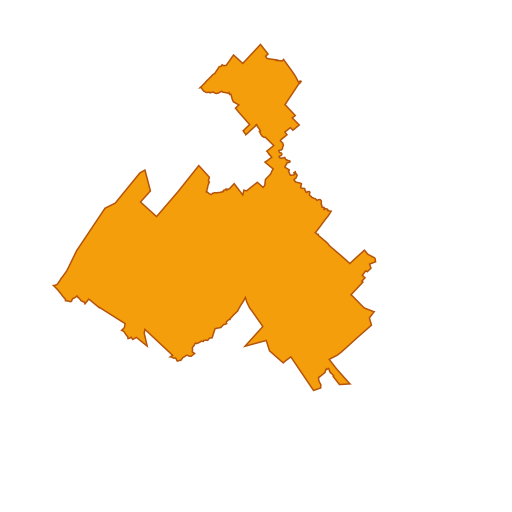 the district of Rincón de Romos, Aguascalientes, Mexico, rotated 313°
{"feature_id": "50627088B44268197461016", "entity_name": "Rincón de Romos", "entity_type": "district", "adm_level": 2, "iso_a3": "MEX", "parent_name": "Mexico", "parent_adm1": "Aguascalientes", "projection": "albers", "projection_center": [-102.306, 22.248], "detail": "fine", "context": "isolated", "style": "filled", "palette": "amber", "viewbox_px": 512, "rotation_deg": 313, "n_neighbors": 0, "source": "geoboundaries", "source_scale": "gbopen_adm2", "svg_char_len": 6128}
<svg xmlns="http://www.w3.org/2000/svg" viewBox="0 0 512 512"><g transform="rotate(313 256 256)"><path d="M226.6,412.0L226.6,410.7L228.4,391.7L230.3,380.1L231.5,380.4L238.9,383.1L243.9,383.9L252.5,384.7L264.1,385.6L284.2,387.6L287.8,381.5L288.1,381.2L289.0,381.0L295.8,380.4L295.5,380.0L295.4,379.6L291.9,370.7L291.8,369.5L292.5,354.2L292.4,351.9L309.8,352.0L309.8,350.5L314.4,350.6L314.4,346.9L319.9,346.4L320.4,348.1L325.5,348.4L327.5,344.6L333.3,347.4L334.3,346.2L335.4,344.7L335.4,343.6L333.9,337.9L333.6,337.0L333.6,335.9L333.7,335.3L334.2,331.3L322.1,330.3L314.5,329.8L314.3,318.9L313.6,303.2L313.8,301.3L314.1,300.2L314.0,298.0L314.2,297.8L313.9,294.5L313.6,287.5L314.3,286.8L313.9,286.4L313.7,285.9L313.6,283.3L314.7,283.4L318.4,283.1L329.6,281.8L334.9,281.4L340.0,280.4L339.0,279.0L338.1,277.4L338.8,277.2L338.9,276.3L338.8,275.8L338.2,274.8L337.4,274.4L336.6,274.4L336.4,274.0L336.8,273.5L337.5,273.4L337.9,273.1L337.9,272.7L336.7,270.7L337.7,269.9L338.2,269.3L338.4,268.2L340.2,266.9L340.7,266.3L340.9,265.8L341.0,264.6L340.9,264.3L339.8,263.3L338.2,262.6L338.4,260.4L337.8,259.6L337.5,258.1L336.9,257.2L337.2,256.0L336.9,255.1L337.0,254.1L337.0,253.4L337.2,253.2L339.3,252.0L339.6,251.2L339.2,250.8L338.7,250.2L338.3,249.9L337.1,249.8L336.8,249.4L336.9,248.8L337.3,248.1L337.3,247.5L337.5,246.8L337.7,246.6L338.1,246.3L338.4,246.0L338.3,245.1L336.8,243.4L336.5,242.0L336.9,241.5L338.1,241.2L338.9,240.4L339.6,240.3L339.8,240.1L339.8,239.4L338.7,237.3L337.9,235.9L337.5,235.0L337.0,234.3L337.0,233.9L337.5,233.2L337.4,232.4L337.5,232.0L337.6,231.8L338.0,231.7L338.9,231.8L340.0,232.1L341.7,231.5L342.6,231.3L343.1,231.0L343.2,230.8L343.7,228.3L344.4,227.3L342.6,226.9L342.2,228.5L340.9,228.3L338.6,226.2L338.6,225.6L340.2,222.0L341.4,221.9L341.7,221.5L341.0,218.4L340.7,216.6L340.9,216.3L342.5,215.9L344.0,215.8L344.7,215.0L345.2,215.1L347.5,216.7L348.5,216.3L348.4,215.2L347.4,214.2L347.4,212.9L346.9,212.8L347.0,211.3L347.7,209.8L346.5,209.0L345.1,208.1L344.2,207.1L344.1,206.7L344.0,205.9L344.6,205.0L346.3,205.7L347.5,205.9L347.8,205.7L348.5,204.9L348.6,204.4L348.3,203.7L347.8,202.7L347.9,201.9L348.6,200.8L349.5,201.1L350.6,202.1L351.0,202.3L352.6,202.1L353.6,201.3L355.6,200.6L355.8,200.4L356.9,198.2L356.8,197.2L356.9,195.2L357.4,194.9L364.2,195.8L365.8,196.0L366.3,192.6L373.3,193.6L373.2,197.2L381.3,198.3L381.7,188.3L385.5,189.0L386.5,174.0L411.7,169.8L412.0,170.3L414.5,169.9L414.2,169.1L412.2,168.2L414.4,162.2L415.9,155.5L418.0,144.7L418.6,142.1L417.7,142.1L416.6,142.2L416.4,141.8L413.2,138.0L413.9,138.0L408.0,129.5L408.6,126.8L411.9,127.1L413.8,115.0L387.8,115.0L387.7,102.5L386.6,102.6L376.0,104.1L374.9,104.1L373.1,102.5L372.8,100.8L371.1,101.1L369.4,100.0L361.0,101.4L359.5,100.8L357.1,100.8L350.5,100.5L349.1,100.5L348.8,100.6L342.2,100.5L341.9,100.3L340.9,100.3L341.9,101.1L341.5,102.1L340.9,105.2L341.8,108.3L344.1,110.4L344.0,111.2L345.9,112.2L346.8,112.9L347.1,114.7L347.8,116.2L349.6,117.4L353.0,118.5L353.2,120.1L354.8,122.4L355.9,124.4L357.1,124.7L356.2,126.3L356.2,126.7L357.2,127.4L354.7,131.2L353.3,134.3L354.8,140.4L350.1,140.2L349.4,145.5L347.8,161.7L338.9,161.2L338.1,164.2L338.1,164.9L337.7,165.9L351.1,166.9L351.2,166.6L352.5,166.8L351.8,168.8L350.6,173.8L349.3,173.6L349.1,175.0L348.6,175.6L347.8,178.5L348.3,181.0L349.2,181.8L348.9,193.7L340.1,192.4L340.2,192.7L339.2,196.5L339.5,196.5L339.0,200.1L338.3,200.0L333.9,199.3L330.8,198.5L331.0,203.7L331.4,209.3L329.3,209.6L326.0,210.8L318.4,210.7L313.7,214.2L311.0,214.4L310.8,206.7L297.5,204.7L297.0,204.5L295.9,202.2L291.6,204.7L294.0,190.7L287.2,190.7L284.9,189.8L285.2,189.7L285.1,188.9L284.2,188.2L283.0,188.3L282.3,187.7L282.1,187.7L281.9,187.5L281.4,187.7L281.2,188.0L280.5,187.6L280.0,187.9L279.2,187.0L278.8,186.7L277.8,186.3L277.4,185.9L277.0,185.4L276.4,184.9L274.7,183.6L274.3,182.7L272.8,181.9L272.7,181.7L272.0,181.4L271.0,181.6L270.2,181.1L269.6,178.8L269.6,176.7L268.9,176.3L269.0,175.9L270.4,175.3L273.6,173.6L275.3,172.5L276.6,172.1L277.6,171.6L278.3,171.5L278.5,169.9L281.8,168.2L283.1,152.5L249.5,155.1L217.0,156.4L216.7,134.7L231.6,134.4L243.1,116.2L237.6,114.4L198.7,117.0L188.0,113.0L137.5,121.2L116.3,127.7L108.5,128.7L107.7,128.6L103.7,129.4L99.7,130.0L97.6,129.1L96.3,128.0L96.1,133.4L95.3,139.5L95.0,140.7L94.5,144.3L94.5,145.1L94.2,146.3L93.4,147.1L93.8,147.4L94.1,148.2L94.8,149.1L95.7,150.9L96.4,151.7L96.9,151.9L97.3,151.9L98.5,151.3L99.6,151.1L100.3,151.1L101.3,151.7L101.9,151.9L102.9,152.2L104.5,152.2L104.9,152.7L104.8,153.1L104.3,153.8L104.2,154.4L104.5,154.9L104.5,155.5L104.0,158.5L104.9,161.6L105.3,162.6L105.0,163.2L104.6,163.3L103.6,163.6L110.5,163.1L111.3,176.8L111.7,176.8L117.3,206.4L113.8,208.6L110.0,208.4L110.7,210.7L109.7,215.2L109.4,217.4L108.3,218.7L109.7,219.7L111.5,220.1L110.9,222.8L114.9,224.0L115.9,237.8L123.3,226.9L126.6,224.8L126.5,262.7L123.8,262.1L124.4,262.9L125.2,265.6L126.2,266.3L126.4,266.7L126.5,267.4L125.5,269.5L125.6,270.3L127.5,271.2L128.3,272.2L131.8,271.8L133.9,272.5L135.5,272.6L136.5,273.4L136.7,273.8L136.9,274.6L137.2,275.4L137.7,276.1L138.6,277.0L142.9,277.6L142.4,274.7L144.4,273.4L144.9,272.6L145.5,272.1L146.4,271.8L148.6,271.7L150.4,271.1L151.1,271.2L151.4,272.3L152.6,272.7L153.4,273.3L154.9,273.8L155.7,273.9L156.3,274.0L156.6,274.3L157.3,275.5L157.7,275.8L158.6,275.4L159.3,275.8L160.6,277.0L161.1,278.0L161.8,278.2L164.1,278.0L165.2,278.7L166.2,279.7L175.0,275.6L179.8,279.1L181.3,279.0L184.1,279.1L184.5,279.7L185.5,280.3L186.6,280.6L186.7,280.0L187.2,279.7L187.6,279.2L189.0,279.3L190.7,279.5L191.9,280.3L192.3,279.6L194.1,279.9L195.6,279.8L197.4,279.8L197.4,279.7L202.9,280.1L203.9,280.0L205.6,279.3L207.0,279.1L209.6,278.4L214.0,277.7L218.5,276.5L216.1,280.5L213.6,287.0L213.2,289.7L209.1,309.1L182.5,309.5L201.2,321.1L195.9,330.5L195.9,330.8L195.7,330.6L195.9,331.0L196.4,348.8L198.9,349.0L206.0,350.3L196.9,389.8L203.6,393.3L206.1,391.2L207.2,387.8L208.9,385.4L210.2,384.6L210.5,384.6L210.4,384.9L217.9,385.9L218.2,385.8L218.5,385.4L221.3,384.4L221.1,385.1L223.3,385.8L222.3,388.1L222.0,388.1L221.4,390.2L221.4,390.3L221.7,390.3L221.3,394.6L220.5,394.7L218.9,404.7L226.6,412.0Z" fill="#f59e0b" stroke="#b45309" stroke-width="1.5"/></g></svg>